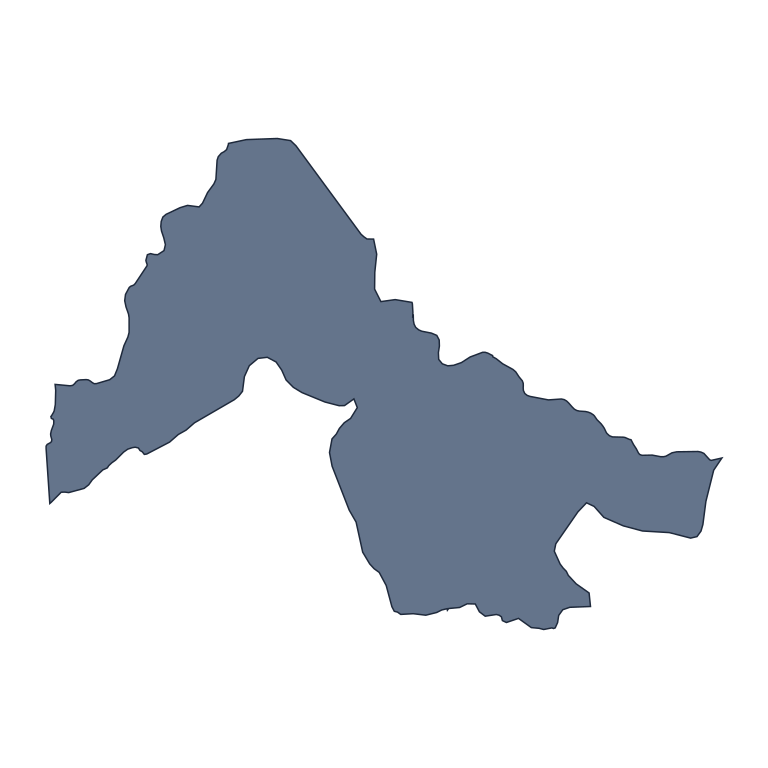 Kwara, Natural Earth projection
{"feature_id": "NGA-2849", "entity_name": "Kwara", "entity_type": "State", "adm_level": 1, "iso_a3": "NGA", "parent_name": "Nigeria", "parent_adm1": "", "projection": "natural_earth1", "projection_center": [4.317, 9.059], "detail": "fine", "context": "isolated", "style": "filled", "palette": "slate", "viewbox_px": 768, "rotation_deg": 0, "n_neighbors": 0, "source": "natural_earth", "source_scale": "10m", "svg_char_len": 3547}
<svg xmlns="http://www.w3.org/2000/svg" viewBox="0 0 768 768"><path d="M199.1,206.9L202.5,203.2L207.6,192.5L213.9,183.9L215.9,179.4L217.1,160.2L218.3,156.6L221.3,153.2L224.1,151.7L226.6,149.6L228.3,144.7L228.5,143.4L229.5,143.2L246.4,139.6L277.3,138.5L290.6,140.6L296.0,145.8L361.0,234.2L363.9,236.8L367.0,239.0L373.6,239.1L376.7,254.2L374.8,272.3L374.6,289.1L380.9,301.6L395.2,299.6L412.0,302.4L412.4,303.9L412.9,312.4L412.7,316.8L412.9,316.7L413.1,316.6L413.3,316.3L413.4,320.5L414.1,324.2L415.7,327.4L418.6,329.8L421.7,331.2L431.4,333.1L436.8,335.4L439.2,340.0L439.4,346.0L438.4,352.6L438.7,359.4L442.3,363.8L447.7,365.8L453.6,365.3L461.4,362.6L470.1,357.0L482.6,352.3L485.2,352.3L487.8,353.1L492.6,355.6L492.8,356.8L496.2,358.7L502.7,363.8L512.9,369.4L515.7,371.8L519.0,376.8L522.3,380.8L523.2,383.2L523.3,385.5L523.2,387.9L523.4,390.5L524.8,393.5L527.2,395.4L530.0,396.4L548.4,399.9L561.4,399.0L564.2,399.6L566.6,401.0L568.6,402.9L572.2,407.0L574.4,409.2L576.8,410.5L579.4,411.1L585.4,411.5L588.1,412.1L590.7,413.1L593.3,414.8L594.4,415.9L597.0,419.7L601.1,423.8L602.8,426.0L604.3,428.3L606.2,432.3L606.9,433.4L609.4,435.7L612.4,436.9L623.6,437.2L625.1,437.5L629.4,439.4L631.0,439.7L633.5,444.5L636.3,448.8L638.4,452.9L639.6,454.4L641.9,455.3L652.2,455.1L660.7,456.7L663.6,456.7L665.9,456.2L672.0,452.8L676.8,451.8L698.0,451.5L701.0,452.1L703.9,453.4L709.7,459.8L711.2,460.4L721.9,458.0L713.7,470.2L705.9,501.4L702.9,524.5L701.0,531.1L697.0,536.6L690.6,538.1L669.3,532.6L642.5,531.0L623.4,525.9L603.9,517.4L594.1,506.4L586.5,502.8L577.9,511.9L555.8,543.8L554.3,551.2L560.1,564.0L563.0,567.9L566.3,571.3L568.3,575.4L576.1,583.8L589.1,593.0L590.5,606.5L569.8,607.3L562.8,609.7L558.7,615.4L557.6,622.6L555.2,627.9L553.5,628.5L551.9,627.9L543.7,629.5L539.0,628.3L531.3,627.6L518.5,618.4L506.4,622.5L502.4,620.6L501.4,616.8L499.1,615.2L496.3,614.5L485.2,616.2L479.4,611.8L475.3,604.0L467.2,603.8L459.6,607.5L448.7,608.5L447.4,610.2L447.1,608.7L441.7,610.0L436.7,612.5L425.8,615.2L413.2,613.7L400.7,614.4L397.5,612.1L394.3,611.3L391.9,606.7L386.2,585.5L379.2,572.4L374.1,568.7L369.7,563.9L362.7,552.2L356.1,522.1L349.2,510.1L332.1,466.2L329.5,452.5L332.0,438.9L336.3,434.1L339.4,428.4L344.3,422.7L350.6,418.4L357.3,407.6L353.9,398.9L344.5,405.6L339.1,405.7L324.9,402.0L302.0,392.6L293.4,387.4L286.1,380.0L281.7,370.1L276.1,362.0L267.3,357.3L258.0,358.4L249.3,365.7L244.4,376.6L242.5,391.3L238.8,396.0L234.3,399.7L194.5,422.8L186.1,430.1L178.3,434.5L169.6,442.1L146.8,454.0L144.3,454.4L142.3,451.8L140.0,450.5L138.4,448.0L135.2,447.2L132.2,447.7L127.7,449.2L123.6,452.1L115.6,460.1L111.8,462.8L108.8,465.6L107.3,467.9L102.8,469.9L92.3,479.8L88.7,484.8L84.1,488.4L68.7,492.6L65.0,492.1L61.2,492.2L51.2,502.3L49.8,503.5L46.1,448.7L46.1,446.1L47.2,444.4L50.5,442.6L51.5,441.5L51.8,439.5L50.8,436.0L50.6,434.0L51.3,430.6L53.7,424.1L53.8,420.7L53.1,419.1L52.1,418.8L51.3,418.3L50.9,416.4L51.4,416.0L53.6,412.2L54.2,410.8L55.3,404.6L55.7,390.4L55.1,384.4L70.0,385.8L72.6,385.4L74.5,383.8L76.1,381.8L78.2,380.3L80.3,379.9L86.2,379.6L88.3,379.9L90.4,381.1L92.3,382.6L94.2,383.7L96.5,383.6L109.7,379.7L114.5,375.9L117.4,368.8L123.9,345.8L127.9,337.0L129.1,332.4L129.1,317.8L128.5,314.0L126.0,306.9L124.7,300.7L125.5,294.4L129.2,287.5L130.6,286.3L133.7,285.1L135.2,283.6L147.0,265.8L147.2,264.7L146.2,261.8L145.9,260.3L147.4,254.7L150.5,253.6L154.3,254.5L157.7,254.7L164.0,250.6L165.4,244.7L163.8,237.9L161.5,231.0L160.8,226.5L161.2,221.5L162.9,217.0L166.1,214.3L180.0,207.7L187.5,205.4L199.1,206.9Z" fill="#64748b" stroke="#1e293b" stroke-width="1.5"/></svg>